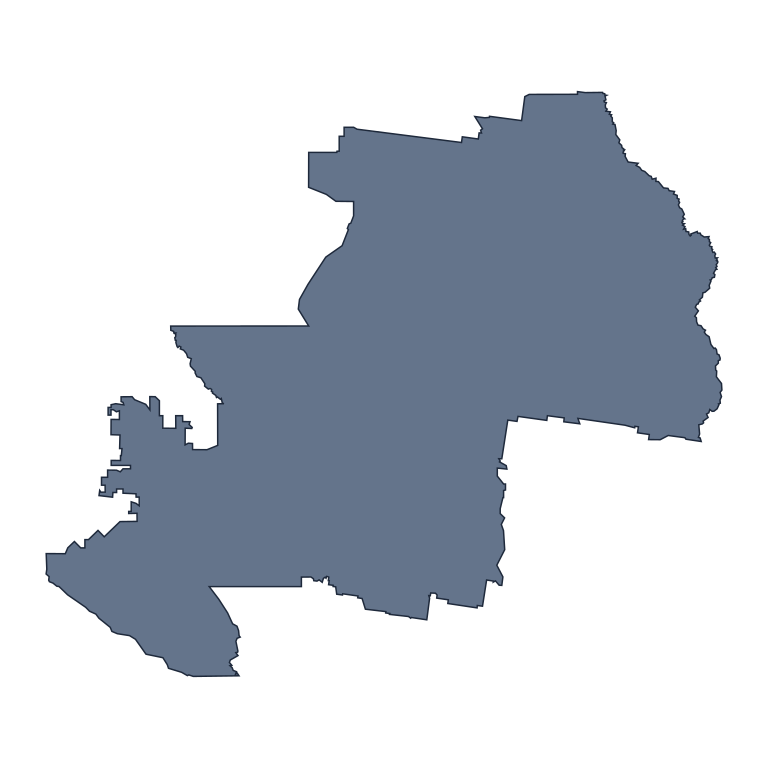 the district of Northern Grampians, Victoria, Australia
{"feature_id": "25037944B95428670663886", "entity_name": "Northern Grampians", "entity_type": "district", "adm_level": 2, "iso_a3": "AUS", "parent_name": "Australia", "parent_adm1": "Victoria", "projection": "natural_earth1", "projection_center": [143.135, -36.85], "detail": "fine", "context": "isolated", "style": "filled", "palette": "slate", "viewbox_px": 768, "rotation_deg": 0, "n_neighbors": 0, "source": "geoboundaries", "source_scale": "gbopen_adm2", "svg_char_len": 6096}
<svg xmlns="http://www.w3.org/2000/svg" viewBox="0 0 768 768"><path d="M501.8,585.4L502.9,576.9L496.8,565.2L504.7,549.7L503.5,530.6L501.3,524.4L504.6,517.9L500.2,513.6L500.2,508.7L502.9,497.6L503.6,497.6L503.6,490.5L505.5,490.0L505.5,484.0L503.6,484.0L497.3,476.1L497.3,468.1L506.9,469.1L506.2,465.6L499.5,461.9L500.2,461.0L498.8,458.7L501.8,458.8L507.8,420.1L517.0,421.4L518.0,416.4L546.8,420.4L547.4,415.7L564.2,417.9L563.8,421.8L579.8,423.8L577.9,418.4L625.0,425.2L634.7,427.8L634.9,426.3L638.4,426.8L637.5,432.8L649.3,434.5L648.6,439.6L660.2,439.7L668.2,435.5L684.9,437.7L685.9,439.2L701.2,441.5L700.1,437.9L698.4,437.4L699.6,434.0L698.8,424.8L702.4,423.9L703.6,422.8L703.1,421.1L708.1,417.5L706.5,414.0L708.8,412.8L709.8,409.5L712.1,411.3L714.0,411.2L717.1,408.8L719.0,404.6L718.5,403.9L720.3,403.2L720.0,400.0L721.5,396.6L720.1,392.4L721.9,390.1L721.5,383.5L716.4,376.8L716.7,371.0L715.7,370.0L715.5,365.9L718.3,363.2L718.3,360.6L720.0,360.0L720.2,358.2L719.0,354.8L717.1,354.0L716.4,349.5L715.1,348.0L713.9,348.5L710.9,344.4L709.1,336.7L705.9,334.5L704.3,332.1L705.5,330.2L703.1,328.9L701.0,325.7L698.0,325.1L696.6,321.8L696.4,317.7L694.7,316.2L698.4,310.9L695.3,307.2L696.6,304.4L698.2,303.9L698.6,302.3L700.5,301.0L699.4,299.9L702.4,297.2L702.9,292.8L705.0,292.3L709.7,288.2L709.2,285.3L710.9,281.3L710.2,280.0L711.2,279.9L712.3,277.7L714.4,277.3L714.9,274.6L713.5,273.3L715.6,269.6L716.9,269.3L715.7,267.5L717.0,266.5L716.2,264.7L717.7,262.6L717.8,261.6L716.5,260.7L717.3,260.2L716.5,258.8L717.4,257.9L715.2,257.9L714.8,255.7L715.6,254.0L714.3,252.1L712.9,252.4L712.0,250.1L712.6,249.4L711.6,248.6L711.9,246.7L710.1,246.4L709.3,245.2L710.7,242.6L709.4,241.7L709.4,239.4L708.2,238.6L709.0,236.6L704.2,237.0L700.7,234.7L700.3,233.2L697.6,233.1L697.2,231.5L690.8,234.0L691.2,235.2L690.2,236.0L689.0,234.5L688.7,231.9L686.0,231.5L685.7,228.7L683.6,229.2L685.0,226.6L682.6,225.2L684.4,223.7L682.4,223.4L681.8,222.2L682.9,221.5L682.4,220.4L683.6,218.9L684.7,218.8L682.7,216.9L684.3,214.3L681.8,209.0L679.6,207.7L678.4,204.9L679.6,202.3L678.6,201.1L679.1,199.1L677.2,198.4L677.2,195.4L673.5,194.0L674.5,191.5L669.2,190.7L668.0,188.4L663.5,187.9L658.4,181.6L655.9,181.4L656.0,178.2L652.2,179.2L651.2,176.4L649.1,175.7L644.8,171.5L641.7,170.3L639.7,167.4L636.1,165.5L638.1,163.3L628.1,162.0L625.1,156.4L625.4,153.7L623.2,153.3L623.1,152.1L624.6,149.9L623.5,149.8L623.8,149.0L622.0,147.6L621.6,145.3L618.9,142.8L619.8,139.9L615.8,134.5L616.2,130.6L615.0,124.5L612.8,124.1L613.7,122.8L612.3,121.7L612.3,117.8L610.8,116.1L611.6,114.8L609.3,114.3L610.4,111.8L605.9,111.2L607.2,109.1L605.5,107.8L605.3,104.9L606.4,102.6L604.3,102.0L604.0,100.9L605.9,99.8L605.0,96.1L606.6,95.3L604.9,95.0L604.7,93.7L603.0,93.5L602.6,92.4L585.2,92.6L577.5,91.6L577.5,94.3L529.2,94.4L524.8,96.6L521.6,120.6L489.5,116.3L489.4,117.4L484.8,117.8L474.8,116.5L482.5,128.8L480.6,130.2L481.5,133.0L479.1,132.9L478.3,139.0L462.3,136.8L461.5,142.5L357.0,129.2L353.7,127.3L344.1,127.3L344.1,136.3L339.2,136.3L339.2,151.2L337.0,151.2L336.8,152.4L308.7,152.4L308.6,187.3L326.4,194.4L335.9,201.3L353.6,201.5L353.6,215.9L350.8,223.2L349.1,223.9L347.3,228.5L348.4,229.6L342.1,245.7L325.8,257.1L308.0,284.3L299.5,299.4L298.3,309.1L308.7,326.0L170.7,326.1L170.8,330.3L173.7,331.4L173.9,333.0L175.6,333.0L174.9,333.7L175.8,334.0L175.6,336.8L174.8,337.7L175.3,340.3L176.2,340.4L175.9,342.6L177.1,346.6L177.9,347.5L179.2,346.1L180.9,347.0L180.3,348.9L183.6,350.2L186.5,353.7L187.7,357.3L191.3,358.7L190.1,363.7L190.5,366.2L195.3,371.4L195.1,372.9L196.9,376.5L200.9,377.8L204.8,383.7L204.6,386.1L208.3,389.1L210.1,388.5L211.6,389.4L211.4,391.4L212.7,392.0L212.5,393.1L215.8,395.4L216.5,397.5L217.5,397.0L220.4,399.3L221.3,398.5L222.3,403.0L223.9,403.7L217.6,403.8L217.7,445.4L207.0,449.7L192.6,449.6L192.5,443.5L188.3,443.2L185.1,444.9L185.2,428.2L191.8,428.5L192.2,427.4L189.1,424.5L190.0,421.7L182.7,421.6L182.6,415.7L175.7,415.7L175.8,428.3L162.8,428.2L162.8,415.7L159.4,415.7L159.4,400.7L155.2,396.7L149.8,396.6L149.9,409.9L145.7,404.3L134.6,399.7L132.1,396.7L121.1,396.8L121.1,401.6L123.1,402.4L123.8,404.8L115.7,403.7L111.1,404.7L111.1,407.4L108.1,407.4L108.1,415.1L111.0,415.1L111.0,409.7L113.3,409.7L116.4,411.8L119.4,410.8L119.4,419.5L111.1,419.4L111.0,434.7L120.0,435.0L119.6,448.6L122.0,448.6L121.3,455.6L120.5,455.6L120.5,460.5L111.2,460.4L111.2,465.4L130.5,465.4L130.5,468.8L123.0,468.8L120.3,471.8L116.5,470.2L107.6,470.1L107.6,477.3L101.5,477.3L101.5,485.2L105.1,485.2L105.2,492.1L100.9,492.2L99.7,490.4L99.0,495.6L112.6,497.2L112.9,492.5L116.6,492.5L116.6,489.0L123.0,489.0L123.0,493.2L136.0,493.8L136.1,497.1L139.2,497.1L139.2,505.8L136.1,503.4L131.2,501.8L131.2,511.4L128.7,511.4L128.7,513.5L137.0,513.3L137.1,521.4L120.0,521.6L104.2,536.8L98.0,530.4L88.5,539.6L84.9,539.6L84.9,547.9L80.7,547.9L74.4,541.5L67.8,547.8L65.3,553.7L46.2,553.6L46.8,569.2L46.1,574.0L49.1,576.6L48.7,580.2L49.4,581.7L53.0,583.1L56.8,586.2L59.0,586.5L67.6,594.8L85.7,607.3L89.5,611.2L95.9,614.1L98.9,618.2L110.2,627.3L111.9,631.4L117.3,633.7L129.5,635.6L135.5,639.3L146.0,654.2L162.9,657.7L167.3,664.7L168.5,668.3L181.6,672.3L187.4,675.6L188.8,674.9L193.3,676.4L239.0,675.8L237.2,673.1L235.5,674.3L236.5,671.7L233.2,670.4L232.1,667.6L230.0,665.7L231.8,665.3L229.4,662.5L230.3,660.0L238.0,655.6L235.8,652.6L237.6,652.2L237.9,651.1L235.9,641.3L237.1,638.3L240.2,637.1L239.1,635.7L238.6,630.7L237.0,626.2L232.6,623.8L227.6,612.9L218.7,599.1L209.2,586.6L301.4,586.6L301.4,577.1L310.9,577.0L313.4,578.7L313.8,580.7L317.0,581.1L319.1,579.9L322.2,582.3L323.4,578.4L325.1,577.2L326.0,578.2L326.7,576.4L327.6,576.6L328.8,577.1L328.3,580.6L329.2,580.7L328.6,584.7L333.2,585.3L333.1,586.5L335.7,586.8L336.7,594.2L342.5,595.0L342.7,593.8L358.0,596.0L357.7,597.8L362.1,598.5L365.4,609.2L385.9,611.6L385.7,613.0L389.8,613.5L389.5,614.4L408.5,616.5L410.7,618.2L411.3,617.5L426.8,619.8L429.6,598.2L428.8,595.6L430.3,595.8L430.7,593.0L435.5,593.2L437.1,595.0L436.7,598.1L448.3,599.8L447.8,603.5L477.1,607.9L477.3,605.5L482.5,606.2L486.6,580.0L493.5,581.1L493.3,582.1L495.5,580.9L499.1,585.2L501.8,585.4Z" fill="#64748b" stroke="#1e293b" stroke-width="1.5"/></svg>